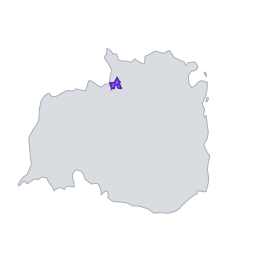 Kamchay Mear, Prey Vêng, Cambodia (highlighted), rotated 196°
{"feature_id": "14789045B61124482761817", "entity_name": "Kamchay Mear", "entity_type": "district", "adm_level": 2, "iso_a3": "KHM", "parent_name": "Cambodia", "parent_adm1": "Prey Vêng", "projection": "robinson", "projection_center": [105.67, 11.575], "detail": "fine", "context": "in_parent", "style": "filled", "palette": "violet", "viewbox_px": 256, "rotation_deg": 196, "n_neighbors": 0, "source": "geoboundaries", "source_scale": "gbopen_adm2", "svg_char_len": 5129}
<svg xmlns="http://www.w3.org/2000/svg" viewBox="0 0 256 256"><g transform="rotate(196 128 128)"><path d="M217.5,42.2L218.0,44.4L216.6,48.5L215.0,52.3L212.1,55.6L211.9,58.0L210.9,65.3L211.3,67.6L212.0,69.6L213.0,70.6L215.5,77.7L217.9,84.2L220.2,89.5L220.6,92.8L218.5,101.3L216.0,109.1L216.3,113.0L217.3,116.9L218.4,122.1L218.9,128.7L218.3,133.1L217.2,135.7L215.1,138.5L213.2,139.9L211.0,137.6L209.2,137.5L206.9,138.2L205.0,139.2L201.2,143.3L197.0,147.2L191.2,148.2L188.9,151.1L186.5,151.5L181.9,151.7L178.9,152.4L179.0,153.8L178.8,160.8L178.8,162.4L178.4,162.8L176.3,163.0L172.7,162.0L168.0,160.3L164.6,160.0L162.8,163.0L161.8,164.2L160.5,164.4L159.1,164.9L158.7,166.3L158.6,167.9L159.2,170.8L159.5,175.4L159.3,178.5L160.6,180.5L167.9,187.2L170.0,188.8L170.3,189.8L169.0,193.4L170.1,198.5L167.8,198.4L164.0,196.2L162.2,194.9L160.0,196.0L159.2,195.8L157.7,193.3L155.8,190.7L153.7,190.5L149.5,191.5L145.1,192.2L143.5,192.2L142.8,192.7L140.3,196.5L139.2,195.8L134.8,194.4L130.8,193.8L130.0,194.8L130.5,197.9L131.4,200.9L130.9,202.2L128.7,203.8L125.8,206.7L124.0,208.9L122.7,209.5L118.3,209.4L113.9,209.7L112.2,211.8L110.5,213.4L109.1,213.8L103.3,208.6L91.9,206.8L90.6,204.5L89.6,204.1L88.5,207.1L82.2,209.9L79.6,208.2L77.7,206.1L78.0,203.5L79.8,201.5L82.9,200.0L84.3,194.7L82.0,188.0L79.9,186.0L77.7,184.4L75.4,186.9L73.4,191.2L71.4,193.4L68.6,193.9L64.4,193.8L62.7,187.4L62.2,181.9L62.8,175.6L63.5,171.9L59.4,166.8L59.2,161.9L57.3,159.4L56.7,160.6L56.8,162.0L56.2,161.0L49.9,146.7L48.8,140.1L49.9,135.0L50.6,133.3L48.8,130.6L46.2,127.5L41.6,123.5L41.3,117.2L40.3,109.7L39.0,107.2L36.9,102.6L35.8,98.8L35.4,88.7L36.0,87.9L39.2,87.6L43.4,86.9L44.1,85.3L43.3,83.9L46.0,81.7L49.8,76.7L52.8,71.5L54.9,68.2L56.1,64.9L60.4,60.3L66.3,57.0L70.3,56.3L74.5,55.2L78.5,53.7L80.4,53.5L85.3,55.4L88.0,55.9L90.8,55.8L93.7,56.0L96.2,55.8L102.3,54.5L108.7,55.6L114.5,54.8L121.6,53.2L125.1,54.2L128.3,55.7L128.7,58.8L129.4,60.2L130.5,61.3L131.9,61.3L133.7,59.1L135.2,56.9L135.7,56.5L135.8,57.6L136.6,60.0L137.9,62.3L139.3,63.9L141.6,66.0L143.1,66.1L147.9,64.1L155.2,67.0L156.1,68.4L158.4,71.3L161.0,73.4L166.7,73.5L168.7,68.4L167.7,65.3L164.5,59.8L163.6,56.6L164.6,56.1L170.1,55.5L171.0,54.8L172.2,51.3L173.7,51.7L176.7,52.2L180.0,49.8L181.9,47.2L182.9,48.4L184.0,50.2L185.3,51.2L187.6,52.7L190.1,54.8L191.7,57.0L193.0,57.8L196.3,57.2L197.1,57.3L199.0,54.7L200.4,53.3L201.5,53.7L203.1,53.7L206.5,50.4L208.5,47.5L209.5,46.7L212.6,48.1L213.8,47.8L215.6,43.8L217.5,42.2ZM60.6,178.9L60.0,179.3L59.4,179.3L58.8,178.7L58.9,176.4L59.3,175.0L60.3,174.7L60.6,178.9ZM70.1,201.6L68.9,203.1L66.8,199.9L66.8,199.0L70.1,201.6Z" fill="#d9dde1" stroke="#a8b0b8" stroke-width="1"/><path d="M157.7,166.3L157.6,166.2L157.4,166.1L157.2,166.0L157.1,165.9L157.1,165.7L156.9,165.6L157.0,165.5L157.0,165.4L157.0,165.5L157.0,165.4L156.9,165.4L156.7,165.3L156.7,165.2L156.4,165.0L156.4,164.9L156.5,164.9L156.4,164.8L156.5,164.8L156.4,164.8L156.3,164.7L156.2,164.6L156.3,164.5L156.2,164.5L156.2,164.4L156.2,164.5L156.1,164.4L156.1,164.2L156.1,163.9L156.1,163.7L155.9,163.6L155.8,163.4L155.8,163.2L155.7,163.2L155.4,163.0L155.2,162.8L155.0,162.6L154.9,162.2L154.7,161.8L154.6,161.3L154.4,161.8L154.2,161.9L153.7,161.8L153.4,161.8L153.2,161.8L152.8,161.9L152.7,161.9L152.7,162.0L152.2,162.4L152.1,162.5L152.1,162.8L152.2,163.0L152.2,163.3L152.3,163.5L152.4,163.4L152.4,163.5L152.5,163.5L152.3,163.8L152.2,164.1L152.2,164.4L152.2,164.6L152.2,164.8L152.3,165.2L152.3,165.4L152.4,165.6L152.4,166.0L152.2,166.2L151.9,166.2L151.7,166.2L151.4,166.3L151.2,166.3L150.8,166.3L150.5,166.3L150.4,166.3L150.3,166.2L150.2,166.1L150.0,165.9L149.9,165.8L149.9,165.6L149.6,165.2L149.5,164.9L149.4,164.7L149.2,164.2L148.9,163.9L148.7,163.8L148.6,163.7L148.2,163.7L147.8,163.7L147.7,163.7L147.5,163.8L147.3,163.9L147.2,163.9L146.9,163.9L146.7,163.9L146.3,164.1L145.8,164.2L145.6,164.3L145.4,164.2L145.3,164.3L145.2,164.3L145.2,164.5L145.3,164.6L145.5,164.7L145.8,164.8L146.2,165.2L146.3,165.4L146.4,165.6L146.5,165.7L146.6,165.9L146.7,166.0L146.9,166.2L147.0,166.3L147.3,166.7L147.5,166.8L147.6,167.0L147.7,167.3L147.8,167.4L147.8,167.5L148.2,167.6L148.3,167.5L148.7,167.4L148.8,167.4L149.1,167.3L149.1,167.5L149.1,168.0L149.0,168.3L149.0,168.5L148.9,168.7L148.9,168.9L148.8,169.0L148.8,169.3L148.8,169.5L148.7,169.5L148.4,169.6L148.5,169.8L148.6,170.0L148.6,170.3L148.8,170.3L149.0,170.4L149.2,170.5L149.4,170.5L149.5,170.5L149.8,170.5L150.0,170.6L149.9,170.7L150.0,170.9L150.1,171.0L150.3,171.4L150.5,171.5L150.8,171.9L151.1,172.2L151.2,172.4L151.8,172.9L152.1,173.1L152.3,173.3L152.3,173.2L152.4,172.9L152.4,172.7L152.6,172.5L152.6,172.4L152.7,172.1L152.7,171.7L152.6,171.3L152.6,171.1L152.6,170.8L152.7,170.7L152.8,170.6L153.0,170.5L153.1,170.4L153.1,170.2L153.3,170.0L153.3,169.9L153.2,169.7L153.1,169.4L153.1,169.2L153.0,168.9L153.4,168.6L153.5,168.5L153.5,168.4L153.4,168.1L153.4,167.9L153.5,167.8L153.6,167.7L154.0,167.6L154.3,167.5L154.7,167.3L154.9,167.3L155.0,167.2L155.3,167.2L155.4,166.9L155.5,166.8L155.9,166.8L156.2,166.8L156.3,166.8L156.5,166.8L156.8,166.8L157.1,166.5L157.2,166.4L157.3,166.4L157.5,166.4L157.7,166.3Z" fill="#8b5cf6" stroke="#5b21b6" stroke-width="1.5"/></g></svg>